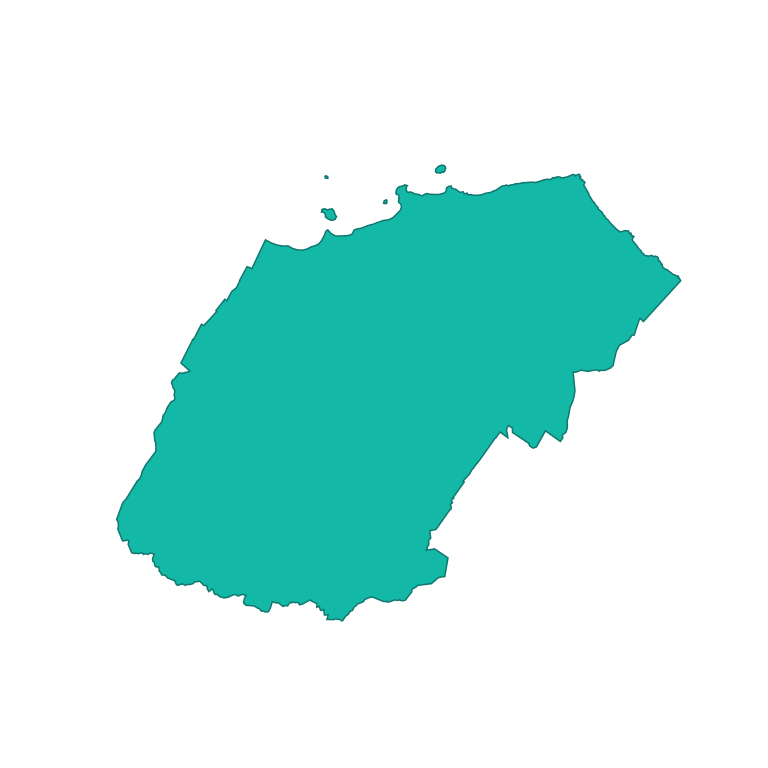 the district of Victor Harbor, South Australia, Australia, rotated 215°
{"feature_id": "25037944B26153550017793", "entity_name": "Victor Harbor", "entity_type": "district", "adm_level": 2, "iso_a3": "AUS", "parent_name": "Australia", "parent_adm1": "South Australia", "projection": "equal_earth", "projection_center": [138.549, -35.516], "detail": "fine", "context": "isolated", "style": "filled", "palette": "teal", "viewbox_px": 768, "rotation_deg": 215, "n_neighbors": 0, "source": "geoboundaries", "source_scale": "gbopen_adm2", "svg_char_len": 6175}
<svg xmlns="http://www.w3.org/2000/svg" viewBox="0 0 768 768"><g transform="rotate(215 384 384)"><path d="M449.9,101.0L442.8,102.8L438.7,100.5L436.5,101.6L436.4,103.0L435.1,103.6L434.5,104.7L431.3,105.1L429.9,107.3L428.1,108.3L425.9,111.0L425.8,112.9L421.7,116.8L416.0,115.7L414.1,116.9L413.0,116.8L411.2,114.8L408.4,113.5L407.1,117.6L405.6,117.2L404.3,115.9L401.7,114.7L400.0,115.9L396.6,115.6L392.3,117.1L389.5,119.7L387.2,123.8L385.2,126.3L381.9,126.6L379.5,130.4L375.8,131.6L375.4,131.2L375.6,129.1L373.6,124.1L370.1,123.6L363.1,127.7L358.5,128.0L357.0,128.5L354.3,127.6L352.5,128.8L350.4,129.2L348.0,131.2L348.6,135.4L350.6,141.5L346.3,143.0L344.8,144.2L339.1,143.8L338.0,145.7L335.7,147.0L335.9,149.0L335.2,151.8L334.3,151.7L332.8,153.7L331.1,154.0L330.1,155.2L328.2,155.7L326.6,154.7L324.9,156.4L320.7,164.7L318.5,164.6L312.9,165.7L311.0,162.6L309.5,164.7L306.3,162.3L305.4,162.5L304.0,164.7L300.3,160.6L297.3,162.8L295.7,158.4L289.8,162.3L289.4,163.5L284.8,165.9L282.8,165.7L282.1,166.4L282.3,171.8L281.1,174.9L281.5,177.9L279.9,180.6L280.6,184.1L279.5,186.9L279.7,188.1L276.0,194.0L276.2,196.4L272.8,201.7L271.2,202.9L259.1,205.7L257.6,207.3L256.0,207.3L254.1,209.3L251.3,213.4L249.2,214.1L247.9,215.7L245.0,216.7L242.6,218.9L242.0,229.3L243.4,232.3L241.5,235.4L240.8,238.5L230.7,247.6L228.4,256.5L225.2,260.1L223.7,260.9L231.8,278.2L248.0,278.0L253.6,272.3L254.3,272.3L254.1,273.9L255.1,275.3L255.0,277.3L255.7,278.8L257.8,281.6L257.3,284.5L262.3,290.0L258.0,294.7L257.9,318.6L257.3,319.7L258.2,321.7L260.5,323.1L259.8,326.1L262.0,327.1L262.0,328.7L261.4,330.4L262.2,330.6L262.1,349.8L263.6,349.9L262.3,359.2L262.9,364.5L262.5,366.3L262.5,372.2L262.2,372.3L262.0,378.2L261.9,403.4L261.5,403.8L261.5,411.2L251.7,411.0L257.7,417.2L258.3,421.4L253.7,421.6L250.9,418.0L231.4,418.4L229.1,416.8L225.1,417.0L223.2,419.6L223.1,420.4L224.9,438.2L206.6,438.1L206.6,442.5L208.4,444.0L208.4,445.7L207.2,448.4L208.6,453.2L213.1,459.5L214.0,462.5L218.2,471.7L219.6,478.3L221.2,483.0L223.7,488.0L236.0,502.3L233.7,503.6L230.8,507.9L229.6,508.8L224.2,511.3L219.2,516.5L217.1,517.8L215.0,518.0L215.0,518.9L210.8,521.9L207.8,526.7L206.9,530.3L212.3,543.6L213.4,550.8L208.8,560.0L208.8,566.4L207.1,567.5L211.6,582.3L211.9,584.6L207.3,584.0L200.2,638.8L202.8,640.0L203.9,639.7L204.1,640.8L205.2,641.1L207.1,640.2L210.6,639.6L218.1,640.0L219.5,639.2L222.7,639.7L224.6,641.2L225.0,640.8L225.7,642.0L226.3,641.8L229.1,642.9L229.6,642.5L231.9,644.7L233.1,644.9L235.1,644.3L236.5,642.8L238.2,643.0L241.2,640.0L242.4,639.9L243.6,639.0L244.8,638.9L246.3,639.6L248.4,639.5L250.2,640.7L252.7,640.9L256.8,642.5L263.0,644.1L263.8,645.3L263.9,648.2L265.3,648.1L265.6,647.5L266.2,647.4L267.7,647.9L267.5,648.7L268.3,649.2L269.9,648.2L271.0,649.4L271.8,649.6L272.8,648.6L274.2,648.2L277.6,644.1L281.4,644.0L291.5,645.8L295.2,647.1L296.9,646.8L299.5,648.2L300.9,648.2L304.1,649.8L308.5,650.2L310.2,651.4L314.0,652.2L315.3,653.1L317.6,653.4L324.5,656.4L326.0,657.7L333.9,661.2L334.6,661.8L335.1,664.4L335.9,664.7L338.1,664.1L338.2,665.1L339.9,664.7L340.8,665.2L341.4,664.8L341.7,666.5L343.0,666.3L343.1,667.2L343.9,667.9L345.2,667.0L346.7,664.2L347.4,664.8L349.6,663.9L352.4,659.1L356.3,654.9L358.8,654.4L361.2,652.8L362.4,650.6L363.4,650.5L364.3,649.5L364.6,647.2L367.9,645.2L369.6,643.5L375.4,636.0L379.7,633.5L380.1,632.8L381.8,631.7L383.1,630.3L384.1,629.9L385.2,628.7L386.3,628.2L386.8,627.0L391.6,622.9L392.6,621.1L394.8,619.4L395.1,618.4L396.1,617.5L397.3,617.5L400.1,614.6L401.0,613.5L403.6,606.8L405.8,603.6L406.2,602.4L410.4,598.3L412.8,594.7L417.4,590.9L419.9,589.4L420.9,589.5L423.2,587.5L424.9,587.4L425.4,588.0L426.8,586.2L427.9,586.0L429.4,586.9L431.2,585.0L432.2,584.5L436.6,584.7L440.9,583.3L442.5,584.7L444.3,583.1L445.1,581.4L445.2,580.2L443.9,578.3L443.9,575.9L444.5,574.6L447.1,571.4L449.0,569.8L455.8,565.4L458.4,564.5L459.9,562.0L460.1,560.6L461.9,559.6L464.3,559.2L468.2,557.2L470.4,557.2L473.3,556.0L473.9,554.8L475.1,554.6L477.1,555.6L478.8,558.7L478.7,559.9L481.3,559.0L482.0,557.1L484.6,554.5L485.2,552.5L485.1,550.2L484.1,547.6L482.7,546.5L480.9,547.1L480.0,546.9L479.0,545.8L478.6,544.5L477.3,543.6L477.0,541.9L476.2,541.3L473.4,541.0L471.6,539.6L470.4,536.6L470.3,535.4L471.9,525.9L473.7,522.3L475.6,520.0L478.8,517.2L480.3,514.7L482.5,512.0L483.8,509.6L488.0,504.6L491.9,498.7L496.3,494.1L496.8,492.4L496.1,489.1L497.2,486.5L500.8,483.1L508.5,477.4L513.7,476.9L518.1,478.0L518.8,477.7L519.1,475.4L518.2,471.9L517.4,465.5L517.8,461.2L519.7,457.9L522.7,454.0L524.3,450.6L527.9,446.5L532.1,444.1L536.6,442.6L541.8,442.1L545.4,439.3L551.3,436.5L557.2,434.9L563.8,434.1L558.4,402.8L563.5,401.6L561.7,386.0L561.3,386.0L560.1,378.3L561.8,372.3L560.5,362.0L563.0,362.2L563.8,347.6L562.6,347.4L565.1,328.6L567.8,328.2L565.5,311.1L566.2,311.0L562.4,284.7L550.6,283.3L551.8,280.9L553.5,279.4L555.0,277.4L558.0,275.7L558.8,266.8L559.5,266.0L558.8,263.0L555.3,260.9L554.8,260.1L551.4,258.6L549.5,254.4L547.3,252.7L546.5,250.4L548.3,247.0L548.2,244.8L548.0,240.3L546.7,235.0L546.9,231.6L544.3,225.7L545.1,215.1L544.5,212.3L539.4,206.3L537.2,204.7L534.7,201.7L532.3,198.0L532.8,180.7L532.0,174.0L530.2,169.2L529.9,165.6L530.5,163.1L529.3,142.1L529.9,136.7L525.3,119.7L522.9,118.6L520.6,116.1L518.7,112.4L508.2,105.5L505.3,108.0L504.4,109.3L502.8,108.9L501.6,105.9L493.9,101.0L491.0,102.1L490.3,103.2L488.0,104.0L486.4,106.0L484.6,107.0L483.4,106.4L482.0,108.2L479.6,109.0L478.7,111.3L474.8,112.9L473.2,107.8L471.5,106.1L470.3,106.4L467.2,103.6L465.6,103.5L463.4,105.0L460.8,101.8L458.7,101.4L456.7,100.1L453.5,101.8L449.9,101.0ZM518.9,493.9L521.0,494.6L524.6,497.2L526.8,497.8L528.9,495.9L530.2,494.0L531.9,493.9L533.9,493.0L534.9,491.0L534.0,490.2L533.7,489.0L532.7,490.0L530.7,489.9L528.7,488.7L527.9,487.3L524.4,487.1L521.1,487.8L519.0,489.9L518.5,490.9L518.9,493.9ZM463.1,587.3L461.8,587.3L458.6,589.3L458.0,590.9L456.8,591.4L456.4,593.3L457.2,596.1L458.5,597.2L460.5,597.4L461.2,596.6L462.3,596.4L463.5,594.8L464.3,593.1L464.8,589.6L464.0,588.0L463.1,587.3ZM487.6,536.3L488.9,534.3L488.1,531.9L485.8,532.8L485.5,533.7L486.5,535.7L487.6,536.3ZM548.6,521.3L550.7,521.5L551.5,520.3L550.1,519.0L548.0,520.4L548.6,521.3Z" fill="#14b8a6" stroke="#0f766e" stroke-width="1.5"/></g></svg>